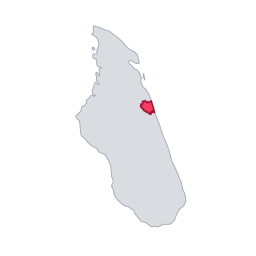 location of Brickaville, Atsinanana, Madagascar, rotated 323°
{"feature_id": "10022922B71585303896889", "entity_name": "Brickaville", "entity_type": "district", "adm_level": 2, "iso_a3": "MDG", "parent_name": "Madagascar", "parent_adm1": "Atsinanana", "projection": "mercator", "projection_center": [48.731, -18.667], "detail": "fine", "context": "in_parent", "style": "filled", "palette": "rose", "viewbox_px": 256, "rotation_deg": 323, "n_neighbors": 0, "source": "geoboundaries", "source_scale": "gbopen_adm2", "svg_char_len": 5931}
<svg xmlns="http://www.w3.org/2000/svg" viewBox="0 0 256 256"><g transform="rotate(323 128 128)"><path d="M166.1,31.0L166.8,32.6L167.6,34.0L169.9,37.6L171.0,38.9L171.8,40.4L172.3,43.3L173.8,47.8L175.2,54.6L175.7,61.6L176.1,64.8L177.2,67.9L179.0,71.0L179.6,74.5L178.5,78.1L176.9,81.5L176.5,82.2L175.7,83.0L175.4,83.0L174.1,82.1L173.0,80.7L171.7,77.3L171.2,75.6L170.6,75.3L169.1,75.5L167.9,76.5L167.7,77.2L168.0,79.1L168.4,80.8L168.6,82.6L168.6,84.8L169.0,85.4L169.7,86.0L170.3,87.4L170.4,90.9L170.0,92.6L168.9,94.1L169.0,94.9L169.4,95.8L169.0,96.3L167.5,96.9L166.9,97.5L166.2,99.0L164.9,102.1L164.7,103.7L165.5,108.6L165.3,112.0L163.6,118.6L162.7,121.7L161.3,125.4L159.3,130.4L157.3,136.6L155.5,143.0L154.3,146.9L152.8,150.7L150.8,157.5L149.2,164.4L146.7,171.9L143.2,180.4L142.8,181.6L142.1,185.9L141.3,189.7L140.4,193.5L138.5,199.7L138.3,201.6L137.8,203.5L136.0,207.4L135.2,208.8L134.6,210.4L134.3,212.4L133.8,214.3L132.4,217.8L130.4,220.8L129.0,221.9L126.0,223.5L124.5,223.8L121.1,223.8L117.8,224.8L114.4,226.5L111.2,228.5L109.9,229.5L108.5,230.0L104.2,230.1L102.9,229.7L98.6,226.4L96.9,225.9L93.8,225.4L92.8,225.1L91.9,224.7L90.6,223.0L88.1,221.5L87.5,221.1L87.1,220.0L86.8,219.0L86.2,217.8L85.7,215.5L84.9,213.9L82.5,211.0L82.3,210.1L82.1,207.1L82.2,205.1L81.9,201.4L82.2,199.6L83.0,198.1L82.7,196.4L81.8,194.6L81.5,192.8L80.8,191.1L78.4,188.1L77.8,186.6L77.4,185.1L76.5,180.3L76.4,178.6L76.5,175.1L76.8,173.3L77.4,172.1L77.6,171.1L78.0,170.3L78.6,169.7L79.0,168.9L79.9,164.5L81.0,163.5L82.8,162.9L84.1,161.7L84.9,160.2L85.7,156.9L87.9,153.7L88.7,152.1L90.4,149.5L92.0,146.0L92.4,144.3L92.8,142.6L93.2,138.8L93.5,136.9L93.4,135.1L92.5,133.2L90.4,129.7L90.3,129.1L90.5,126.5L90.3,124.7L89.5,122.8L88.5,121.1L87.6,117.9L87.1,112.5L87.2,110.6L86.9,108.9L86.2,107.2L86.7,104.4L93.0,94.1L93.2,92.9L93.0,89.7L93.1,87.9L93.3,87.3L93.8,86.9L94.9,86.7L100.0,86.2L100.6,85.9L101.9,85.0L103.7,83.4L104.5,82.9L105.2,83.1L105.6,83.8L106.2,84.2L108.2,83.4L109.0,83.4L109.8,83.5L110.2,82.8L110.4,81.9L110.7,81.2L111.3,80.9L113.9,80.7L115.6,80.4L117.8,79.7L118.3,79.9L120.1,82.2L120.6,82.4L121.3,82.5L121.9,82.1L120.4,80.9L120.2,80.2L120.3,79.4L121.1,77.7L122.4,76.4L125.2,74.5L128.2,72.2L129.0,72.0L129.8,72.4L130.3,75.1L130.3,75.5L130.7,75.6L131.3,75.2L131.8,74.2L131.8,73.3L131.4,72.4L131.2,71.7L131.2,71.0L132.7,69.4L133.9,67.9L134.4,66.2L134.9,65.3L136.1,64.4L136.5,64.6L136.8,65.3L137.0,66.1L136.6,66.9L136.2,67.7L136.0,68.7L136.7,68.9L137.4,68.7L138.3,66.8L139.4,65.0L140.1,64.1L140.9,63.4L142.3,63.6L143.6,64.0L141.5,62.1L140.9,59.5L143.5,55.0L143.5,54.1L143.9,53.8L144.1,53.5L142.7,51.9L142.5,51.2L142.7,50.1L143.3,49.1L143.9,48.4L144.7,48.1L145.4,48.5L146.8,49.7L147.8,49.9L149.0,48.7L149.9,47.2L151.4,46.2L153.0,45.6L155.5,43.3L157.2,38.4L157.3,37.0L156.9,35.3L156.4,33.6L155.4,31.6L155.6,31.1L157.0,31.4L157.5,31.1L159.0,29.3L161.4,25.9L162.2,25.9L162.9,26.5L163.2,27.5L163.6,28.2L165.3,29.8L166.1,31.0ZM149.0,44.7L149.1,45.2L147.2,45.0L146.9,43.2L147.8,43.1L148.0,42.3L148.6,42.2L149.2,43.9L149.0,44.7ZM171.8,97.1L170.2,99.8L170.7,97.5L172.5,94.2L173.1,94.0L171.8,97.1Z" fill="#d9dde1" stroke="#a8b0b8" stroke-width="1"/><path d="M162.7,120.7L162.4,120.6L162.1,120.4L162.0,120.2L161.9,120.3L161.7,120.3L161.4,120.3L161.2,120.3L160.9,120.2L160.7,120.2L160.4,120.0L160.0,119.9L159.8,119.7L159.5,119.4L159.4,119.3L159.5,119.1L159.4,119.1L159.2,119.0L158.9,119.2L158.8,119.3L158.7,119.4L158.5,119.2L158.4,118.9L158.4,118.7L158.4,118.4L158.4,118.2L158.2,118.3L158.1,118.2L158.1,117.9L158.0,117.6L157.9,117.4L157.8,117.2L157.7,116.9L157.6,116.6L157.8,116.4L157.6,116.4L157.3,116.2L157.1,116.0L156.9,116.0L156.6,115.9L156.5,116.0L156.4,116.0L156.2,116.1L156.1,115.8L155.8,115.7L155.7,115.8L155.5,116.0L155.5,115.9L155.4,115.8L155.3,116.1L155.4,116.3L155.4,116.5L155.2,116.6L154.9,116.7L154.7,116.7L154.6,116.8L154.6,117.0L154.4,117.2L154.2,117.1L153.9,117.2L153.8,117.3L153.8,117.2L153.7,117.1L153.4,117.2L153.3,117.4L153.2,117.3L152.9,117.4L152.6,117.2L152.4,117.1L152.3,117.3L152.2,117.3L152.2,117.2L152.1,117.3L152.1,117.5L151.9,117.6L152.0,117.7L151.9,117.7L151.9,117.8L151.8,118.0L151.7,118.1L151.4,118.3L151.3,118.5L151.2,118.5L151.3,118.8L151.2,118.8L151.2,119.0L151.1,118.9L150.9,119.0L151.0,119.0L150.9,119.0L150.9,119.3L150.9,119.5L150.9,119.8L151.0,119.9L151.0,120.1L151.1,120.3L151.2,120.7L151.1,120.8L151.2,121.0L151.3,121.1L151.3,121.3L151.4,121.5L151.5,121.5L151.5,121.8L151.3,122.0L151.5,121.9L151.7,122.0L151.4,122.3L151.4,122.5L151.2,122.5L151.1,122.8L151.2,123.0L151.2,123.3L151.3,123.3L151.3,123.5L151.5,123.6L151.7,123.8L151.6,124.0L151.4,124.2L151.4,124.3L151.5,124.4L151.9,124.5L152.0,124.7L152.0,124.8L152.0,125.1L152.0,125.3L151.9,125.3L151.9,125.5L152.0,125.6L152.3,125.8L152.6,125.8L152.7,126.0L152.8,126.0L153.0,126.1L153.0,126.3L152.9,126.4L153.0,126.4L153.0,126.5L153.0,126.8L153.0,127.0L153.1,127.5L153.3,127.7L153.4,128.0L153.5,128.3L153.5,128.5L153.4,128.7L153.5,128.8L153.4,128.9L153.5,129.0L153.4,129.1L153.4,129.3L153.5,129.4L153.6,129.6L153.8,129.7L154.0,129.7L154.0,129.8L154.0,130.2L154.1,130.4L154.2,130.5L154.3,130.5L154.4,130.8L154.6,130.8L154.7,130.7L154.8,130.6L155.0,130.6L155.2,130.4L155.2,130.2L155.2,129.9L155.2,129.6L155.3,129.4L155.3,129.2L155.5,129.1L155.7,128.9L155.8,128.9L155.8,129.0L156.0,129.2L156.1,129.3L156.3,129.5L156.5,129.6L156.8,129.6L156.9,129.4L157.1,129.3L157.4,129.2L157.5,129.3L157.6,129.2L157.6,129.3L157.4,129.5L157.4,129.8L157.2,129.8L157.2,130.2L157.2,130.3L157.4,130.4L157.4,130.5L157.5,130.5L157.5,130.4L157.6,130.5L157.8,130.6L158.0,130.7L158.1,130.8L158.2,130.7L158.2,130.8L158.3,131.0L158.2,131.1L158.1,131.3L158.3,131.4L158.6,131.4L158.9,130.6L159.2,130.0L159.4,129.3L159.5,129.1L159.8,128.5L159.9,128.4L160.2,127.4L160.4,126.8L160.5,126.7L160.6,126.4L160.8,125.8L160.9,125.5L161.1,124.9L161.3,124.3L161.4,124.2L161.5,123.7L161.6,123.4L161.8,122.9L162.1,122.3L162.4,121.6L162.6,121.1L162.7,120.7Z" fill="#f43f5e" stroke="#9f1239" stroke-width="1.5"/></g></svg>